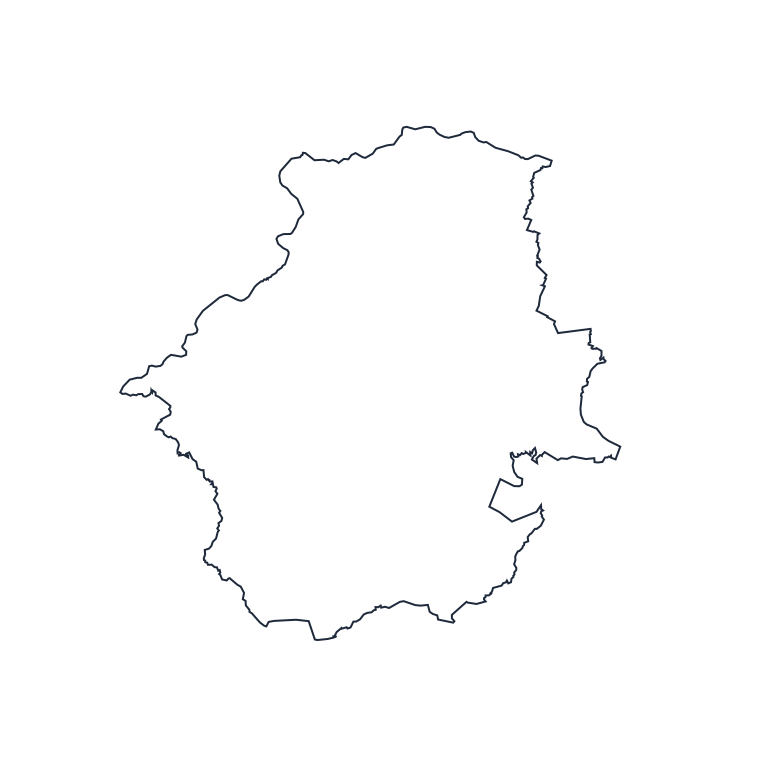 Cuquío, Jalisco, Mexico (Albers equal-area conic projection), rotated 201°
{"feature_id": "50627088B71683874346404", "entity_name": "Cuquío", "entity_type": "district", "adm_level": 2, "iso_a3": "MEX", "parent_name": "Mexico", "parent_adm1": "Jalisco", "projection": "albers", "projection_center": [-103.018, 20.95], "detail": "fine", "context": "isolated", "style": "outline", "palette": "slate", "viewbox_px": 768, "rotation_deg": 201, "n_neighbors": 0, "source": "geoboundaries", "source_scale": "gbopen_adm2", "svg_char_len": 6166}
<svg xmlns="http://www.w3.org/2000/svg" viewBox="0 0 768 768"><g transform="rotate(201 384 384)"><path d="M551.1,561.2L557.0,545.4L556.4,540.9L553.1,535.1L550.0,532.9L544.6,532.0L538.6,528.2L531.3,525.9L521.0,515.6L520.4,513.6L522.9,507.0L522.7,499.0L524.1,492.0L525.2,490.5L531.8,487.8L535.9,483.9L536.4,480.9L533.0,476.9L526.7,474.7L522.3,474.3L520.2,472.9L519.5,470.6L519.3,460.2L521.1,457.9L521.1,456.1L524.2,451.8L524.5,449.1L527.7,445.3L527.9,443.5L530.6,441.2L530.1,440.3L531.2,440.4L531.3,439.1L533.3,438.8L534.0,436.4L535.4,436.0L538.2,431.4L539.5,428.4L541.7,417.1L544.9,412.2L547.3,410.5L550.4,410.0L561.7,411.0L564.1,410.1L568.6,405.7L579.3,387.4L582.0,377.1L581.7,372.3L577.6,368.0L577.4,364.8L580.6,361.6L584.8,359.6L585.6,357.9L584.7,351.3L585.9,346.9L585.2,345.8L580.3,343.7L579.2,340.3L583.0,336.9L593.3,334.9L596.1,330.7L597.8,326.0L597.9,323.1L599.2,320.8L603.4,318.4L607.2,318.0L609.6,316.5L608.9,308.5L612.8,302.8L616.6,301.4L623.0,296.9L626.6,288.2L627.2,281.7L624.6,281.0L621.7,282.5L616.4,282.2L614.5,284.1L611.2,284.7L609.9,286.4L606.2,288.0L604.2,286.4L601.9,286.8L598.9,290.2L598.3,292.8L598.9,294.7L597.3,293.2L597.5,295.0L594.2,294.2L593.1,291.5L589.6,291.3L575.6,287.0L575.1,285.6L575.7,283.5L573.2,281.7L572.6,278.8L579.5,270.9L578.3,270.1L580.4,266.1L580.7,259.7L577.1,261.4L573.1,260.8L571.4,258.3L567.9,257.3L565.8,257.1L564.3,258.5L562.2,257.6L558.8,258.0L555.2,255.7L553.5,253.4L553.1,248.1L552.0,245.6L550.8,246.9L549.1,246.7L548.8,245.6L550.2,244.3L549.7,243.7L545.7,246.1L540.4,245.2L541.3,247.1L543.7,247.0L543.8,247.9L541.4,250.3L535.7,245.2L531.5,244.2L527.6,238.3L523.5,238.1L521.7,238.9L518.5,232.5L515.3,231.0L514.3,232.1L513.1,231.2L512.6,231.7L511.5,230.5L509.3,231.6L508.6,230.5L509.3,228.6L507.8,229.2L506.3,226.8L503.5,227.4L502.7,226.3L502.9,223.5L500.2,221.8L501.3,215.0L496.1,211.8L493.8,208.4L491.3,206.8L491.8,204.7L487.1,201.0L486.7,197.9L488.7,194.8L487.2,192.5L487.9,189.4L485.7,188.1L486.2,186.2L485.4,179.6L487.3,175.2L487.1,170.9L488.4,167.6L491.9,164.8L489.9,160.9L489.8,156.7L488.9,155.1L487.7,155.1L487.0,153.6L485.0,153.8L483.5,152.1L480.1,153.6L476.5,152.3L474.3,153.0L471.8,150.3L470.7,151.4L469.2,149.2L469.8,147.5L468.2,146.9L465.1,143.5L460.4,144.2L459.6,146.5L458.5,147.4L448.8,144.0L445.1,143.5L439.8,138.8L438.7,132.5L435.5,131.9L433.6,127.7L428.9,125.1L427.8,123.0L425.2,122.6L414.6,117.0L409.2,115.4L407.0,115.5L406.4,120.6L401.6,123.5L381.6,132.4L369.3,135.6L357.0,120.7L354.4,121.1L345.0,125.9L339.9,129.4L338.8,130.5L337.9,131.7L340.0,129.4L340.8,130.3L339.8,130.8L339.3,135.5L336.3,140.9L335.8,140.4L331.7,143.5L330.5,142.6L328.0,144.7L327.4,151.2L324.8,152.3L322.1,155.6L320.3,161.6L317.6,164.3L313.7,166.5L312.5,169.1L310.8,170.2L312.0,172.7L309.3,173.6L307.7,175.9L306.5,174.2L303.2,176.4L299.0,176.7L291.1,186.3L287.8,188.3L275.6,188.8L270.4,190.2L263.9,193.5L259.7,187.7L255.9,186.8L251.4,187.1L249.1,183.5L233.9,186.0L233.3,187.8L236.6,189.5L237.9,192.8L228.9,210.2L227.4,209.9L218.8,211.8L211.2,217.4L213.4,218.7L213.9,220.0L212.9,221.3L213.4,223.0L210.4,224.2L208.8,226.6L209.6,226.9L208.8,228.8L209.1,232.7L202.0,237.9L201.3,240.8L199.0,242.6L198.8,244.5L196.5,242.4L194.4,244.5L195.2,248.0L194.0,250.1L194.6,251.4L193.9,252.8L194.9,254.7L193.9,257.7L194.5,259.7L197.9,262.3L198.2,266.7L199.7,270.0L199.5,272.9L199.1,275.7L197.8,276.6L196.0,280.6L196.3,282.2L195.5,283.8L196.2,286.0L193.0,288.8L195.0,292.6L194.0,296.0L192.9,297.3L191.2,302.9L189.5,303.4L186.8,307.9L186.1,314.7L189.2,316.8L189.2,317.9L191.4,319.6L191.6,321.5L190.2,322.9L192.4,323.6L194.0,327.1L195.8,319.3L215.2,301.4L230.3,305.8L241.7,307.2L241.3,336.9L225.8,335.3L220.8,337.2L219.2,339.5L220.9,345.0L226.1,345.2L230.9,348.5L234.6,353.8L235.6,359.3L239.1,361.2L240.9,364.7L239.7,365.8L236.5,362.8L234.2,363.3L232.6,364.5L233.7,366.4L231.5,366.4L230.7,368.8L229.1,368.5L226.7,370.6L227.1,371.3L221.6,369.7L223.1,372.9L220.9,372.5L221.3,375.4L220.1,378.3L217.3,374.5L217.1,371.9L218.3,370.6L218.9,366.5L212.7,365.0L214.9,368.9L212.8,373.6L210.9,373.4L211.2,374.3L209.6,378.0L194.5,375.2L192.1,378.0L186.2,379.7L181.8,383.9L168.6,386.3L161.1,390.1L159.4,386.5L155.8,387.5L152.1,389.6L151.3,394.6L149.0,395.5L148.4,396.7L147.1,396.7L146.4,398.4L145.4,396.6L140.8,396.6L141.0,410.2L154.1,411.4L160.7,413.1L169.3,418.5L180.4,418.9L183.9,420.2L189.1,425.8L191.8,431.4L195.0,443.4L195.9,443.6L196.3,445.9L195.2,447.7L197.0,449.8L197.4,452.3L193.9,455.8L194.3,459.0L195.5,459.0L196.3,461.5L194.9,464.2L195.7,470.1L194.8,473.3L192.0,479.4L185.8,483.3L185.4,484.9L187.9,485.9L188.6,487.3L190.6,484.0L191.6,485.3L191.1,488.4L192.8,492.8L198.6,493.7L198.7,492.9L202.2,491.5L203.2,491.9L202.6,494.3L207.2,494.1L207.6,495.6L206.4,496.9L209.7,503.9L208.8,504.6L210.2,506.4L209.9,507.6L210.9,509.5L239.8,493.9L246.8,500.9L246.8,503.8L255.6,504.9L255.5,505.9L267.9,507.1L267.5,512.4L269.6,521.9L268.8,532.9L271.6,532.9L270.9,533.4L270.5,540.4L271.9,540.6L271.3,544.0L283.9,549.5L285.1,552.9L282.1,553.2L281.7,554.5L284.3,556.6L286.0,556.6L286.2,558.6L287.0,558.6L286.9,565.3L290.2,568.9L290.4,571.0L292.7,571.4L292.5,573.8L294.1,578.2L293.0,580.2L298.7,580.3L299.2,579.5L305.7,578.9L305.3,589.9L308.6,590.1L311.6,588.6L313.2,589.8L312.3,595.3L313.7,598.1L312.5,599.7L313.5,601.5L312.0,605.5L314.0,607.5L311.9,610.2L312.7,611.5L311.9,613.1L316.1,618.2L315.3,620.6L318.1,623.8L317.4,625.5L319.6,625.9L318.1,630.2L319.0,630.9L319.4,634.9L314.6,639.9L314.8,641.9L313.5,642.2L313.8,644.0L310.8,644.5L307.1,647.0L307.5,652.6L321.6,652.5L324.7,651.5L330.3,645.5L333.0,644.6L335.4,645.3L336.9,644.4L340.6,645.7L351.6,645.8L364.6,644.5L375.3,646.6L377.6,645.2L382.8,645.0L387.3,647.2L390.2,650.6L393.5,650.8L398.4,648.2L401.5,645.4L402.1,643.9L411.8,637.1L415.9,636.3L421.6,636.7L424.9,637.7L428.4,640.4L432.6,640.6L437.8,638.8L446.1,633.0L455.0,632.2L457.9,630.3L458.1,628.1L456.7,622.9L458.2,620.5L460.7,611.1L466.7,607.9L474.6,601.7L475.6,600.6L477.0,595.1L482.5,588.4L485.4,588.1L493.3,589.4L496.4,586.1L497.8,581.0L502.2,579.7L505.7,574.0L507.9,574.8L512.3,574.7L515.4,572.1L520.3,571.9L529.1,568.0L540.2,571.4L542.6,570.8L542.2,568.6L543.2,567.8L543.5,565.7L551.1,561.2Z" fill="none" stroke="#1e293b" stroke-width="2"/></g></svg>